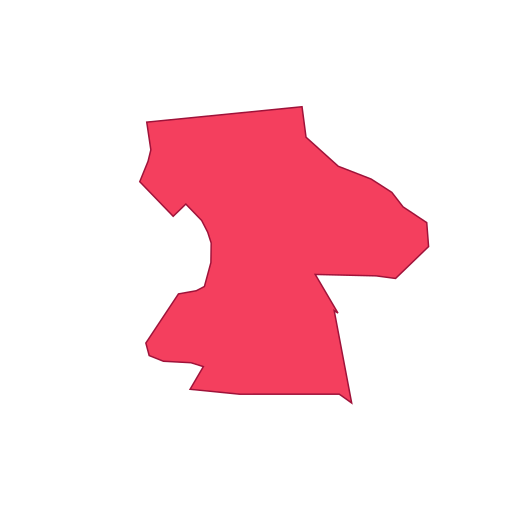 the district of Suyeong-gu, Busan, South Korea, rotated 136°
{"feature_id": "91817680B55707549130569", "entity_name": "Suyeong-gu", "entity_type": "district", "adm_level": 2, "iso_a3": "KOR", "parent_name": "South Korea", "parent_adm1": "Busan", "projection": "natural_earth1", "projection_center": [129.113, 35.156], "detail": "fine", "context": "isolated", "style": "filled", "palette": "rose", "viewbox_px": 512, "rotation_deg": 136, "n_neighbors": 0, "source": "geoboundaries", "source_scale": "gbopen_adm2", "svg_char_len": 600}
<svg xmlns="http://www.w3.org/2000/svg" viewBox="0 0 512 512"><g transform="rotate(136 256 256)"><path d="M289.3,83.8L237.7,162.4L236.7,158.0L226.2,201.6L183.4,158.3L171.2,142.9L125.3,142.9L110.0,161.4L116.1,189.2L114.1,207.4L119.7,231.3L134.5,263.4L137.5,306.7L119.2,331.4L241.6,428.2L257.9,405.4L267.9,399.1L288.0,390.2L288.0,342.1L270.4,342.1L270.4,319.3L274.2,306.7L279.2,296.5L293.0,282.6L314.3,269.9L323.1,272.5L338.1,282.6L395.7,269.9L402.0,258.6L395.7,244.6L376.9,224.4L370.7,213.0L396.0,205.9L363.8,168.0L292.1,98.8L289.3,83.8Z" fill="#f43f5e" stroke="#9f1239" stroke-width="1.5"/></g></svg>